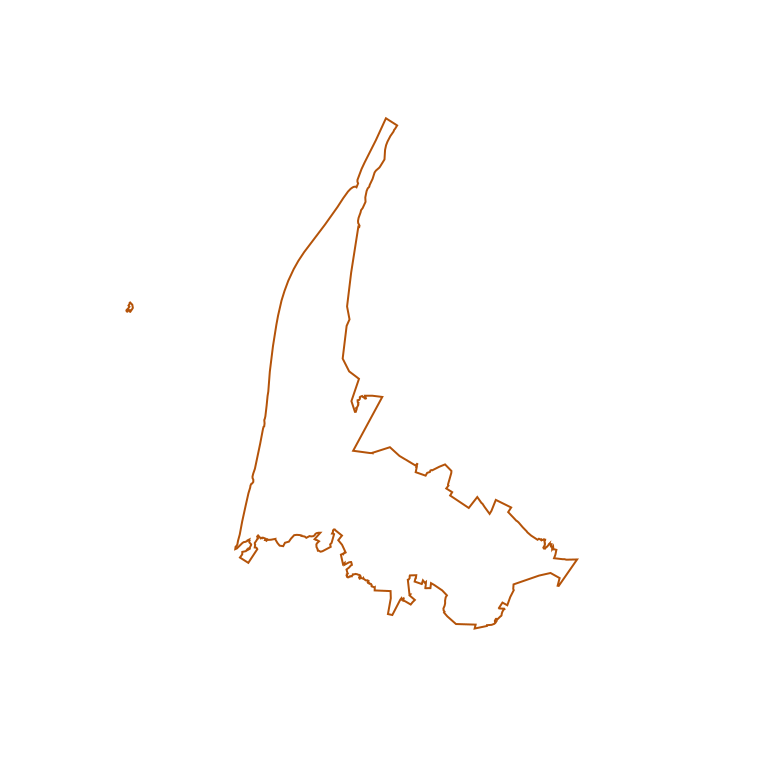 outline of Santiago Ixcuintla, Nayarit, Mexico, rotated 33°
{"feature_id": "50627088B3683914427881", "entity_name": "Santiago Ixcuintla", "entity_type": "district", "adm_level": 2, "iso_a3": "MEX", "parent_name": "Mexico", "parent_adm1": "Nayarit", "projection": "equal_earth", "projection_center": [-105.286, 21.958], "detail": "fine", "context": "isolated", "style": "outline", "palette": "amber", "viewbox_px": 768, "rotation_deg": 33, "n_neighbors": 0, "source": "geoboundaries", "source_scale": "gbopen_adm2", "svg_char_len": 6166}
<svg xmlns="http://www.w3.org/2000/svg" viewBox="0 0 768 768"><g transform="rotate(33 384 384)"><path d="M620.7,433.8L618.9,429.2L616.4,430.0L616.1,430.4L614.5,428.4L614.7,430.5L613.6,428.9L612.5,428.5L613.1,429.3L612.5,429.4L612.1,428.6L611.8,427.1L610.8,427.5L610.7,427.1L610.4,428.4L610.0,428.5L609.7,427.6L609.5,428.5L609.7,428.8L609.4,431.4L609.2,432.1L608.8,432.3L608.8,434.3L607.9,434.9L606.8,434.5L606.5,431.1L605.8,430.5L605.8,430.0L605.1,429.3L604.5,429.0L604.2,428.4L604.3,427.5L604.0,426.9L603.7,427.1L603.5,426.9L602.7,427.1L602.1,428.3L601.2,429.0L601.1,429.4L600.6,429.3L600.3,428.7L599.4,429.3L598.2,429.4L597.6,431.0L590.0,431.0L584.9,430.3L584.1,429.9L578.4,428.6L572.3,426.8L570.3,426.5L569.5,426.6L557.9,423.8L557.9,418.3L540.9,420.3L543.2,431.9L543.3,435.4L535.2,432.3L531.6,430.7L530.8,430.8L523.8,428.0L522.6,441.8L500.2,441.5L500.1,437.6L493.1,437.7L493.4,434.1L492.8,433.9L492.4,433.4L488.9,422.0L487.9,420.2L479.0,418.2L475.5,423.2L471.4,430.2L469.7,430.7L469.9,430.7L470.4,432.8L468.6,435.0L468.8,438.2L458.6,440.7L456.7,435.8L456.3,436.0L455.3,432.2L454.9,435.2L436.2,435.9L423.4,433.8L412.2,447.5L412.3,448.1L411.7,448.0L411.1,448.8L409.7,449.6L394.5,456.8L389.6,395.8L380.8,400.1L374.5,404.2L376.7,405.9L376.6,406.2L375.6,406.6L374.0,406.0L373.2,406.4L372.2,406.0L371.0,407.7L370.9,408.3L371.5,408.8L371.9,410.0L371.7,411.1L371.3,411.3L370.7,412.0L371.8,413.5L372.9,413.7L373.1,415.0L373.8,415.4L374.1,417.9L373.7,419.5L374.0,419.7L374.7,419.7L375.5,422.7L374.8,423.2L366.0,416.1L360.2,393.3L347.9,392.4L335.5,385.2L321.0,355.6L319.9,348.6L310.8,339.1L295.8,308.5L276.8,266.0L277.7,265.8L277.2,264.5L274.7,263.1L273.4,261.4L272.2,258.5L270.9,252.9L270.1,250.7L270.3,248.1L269.3,241.3L266.7,237.7L264.3,231.6L263.8,228.8L264.2,226.7L263.6,224.9L262.7,218.2L260.9,211.7L261.0,209.4L262.2,205.2L262.3,204.1L262.1,195.4L257.4,187.1L255.7,182.6L254.9,178.8L254.3,172.6L254.5,167.2L254.1,165.2L254.3,164.1L254.2,160.0L240.9,160.1L244.4,183.9L247.1,208.8L248.1,216.0L250.6,227.3L251.6,228.9L253.0,229.8L253.8,234.0L252.6,234.0L251.4,235.0L250.6,236.2L249.7,238.5L249.0,242.2L248.6,250.3L248.6,260.9L247.7,282.4L245.2,316.8L245.1,327.2L245.7,336.8L247.5,349.6L249.9,360.2L252.6,369.8L257.9,384.3L261.5,393.0L270.3,412.8L281.5,435.8L291.1,453.4L292.9,457.5L297.3,466.0L302.1,475.7L302.9,477.9L303.2,479.4L305.3,482.1L306.6,484.8L306.3,485.4L306.9,487.4L312.7,501.6L321.9,525.4L323.1,530.3L324.1,533.2L325.0,534.5L326.5,535.4L327.7,537.3L327.6,539.3L327.1,539.9L327.3,541.8L328.2,543.8L329.8,549.4L334.2,561.3L340.0,576.7L345.0,588.8L347.0,595.1L348.4,598.4L348.5,599.9L348.2,601.4L349.2,603.5L350.2,602.0L351.8,594.6L352.4,593.1L353.7,591.9L354.7,590.4L354.6,589.7L355.7,587.8L355.9,588.5L356.5,588.5L356.6,589.3L357.4,590.2L359.8,590.8L360.2,591.2L360.6,594.6L361.0,594.8L361.1,595.3L360.2,595.6L360.7,596.2L360.3,597.0L359.8,596.3L359.4,596.9L359.2,599.4L356.6,602.0L357.9,604.1L357.7,608.0L367.6,607.9L367.7,591.5L366.2,590.8L364.6,591.5L363.4,588.8L362.9,588.6L362.2,587.7L362.3,584.3L362.1,583.5L362.5,582.3L360.7,581.0L360.9,579.6L364.7,580.6L364.9,579.9L365.5,579.9L365.7,580.5L365.9,579.0L366.1,578.8L369.0,578.2L369.2,579.7L369.9,579.4L370.8,579.5L371.0,577.7L371.8,577.8L374.1,576.1L377.2,573.1L377.3,573.4L381.3,575.4L384.5,576.4L387.8,574.9L387.4,571.1L390.1,568.0L390.2,564.4L391.0,559.7L393.0,558.0L395.8,556.5L397.3,556.0L397.5,556.4L400.6,555.1L402.6,555.3L404.4,552.1L405.9,551.5L407.5,550.2L408.0,549.2L408.2,548.0L408.1,547.1L408.7,545.8L410.2,544.3L411.6,543.4L410.3,552.0L412.0,551.8L413.0,551.4L415.2,551.3L414.6,553.9L414.6,555.3L416.2,557.5L418.3,558.7L418.3,558.9L419.3,559.8L419.7,559.4L422.1,559.2L422.7,558.6L423.5,557.7L428.0,549.6L426.2,547.8L426.6,545.8L423.9,537.1L423.2,537.0L421.9,537.7L421.7,535.8L421.0,534.6L421.1,533.4L421.9,532.8L422.3,532.9L422.3,533.1L431.3,534.0L430.7,539.9L436.4,541.7L443.6,546.2L443.0,547.3L442.6,547.0L442.5,548.4L442.3,548.2L440.8,550.6L447.8,557.5L448.4,555.5L449.3,557.2L451.8,552.6L453.2,551.3L453.4,551.2L454.4,552.0L455.6,553.2L455.0,554.4L454.7,556.8L453.6,560.0L455.9,562.1L456.9,562.7L456.4,563.8L457.4,564.8L457.1,565.1L458.1,565.9L458.9,565.9L459.6,565.4L459.7,564.8L460.0,564.5L460.1,563.9L460.9,563.6L461.0,562.9L461.7,562.7L461.6,562.4L461.9,561.0L461.6,560.6L463.2,559.4L463.4,558.9L465.0,558.2L466.3,558.0L467.1,557.6L467.5,557.7L468.2,557.5L469.0,558.0L468.4,559.2L468.5,559.9L469.6,560.5L469.8,560.2L469.6,559.7L470.0,559.7L470.5,559.1L472.7,558.6L472.6,558.1L473.3,558.5L475.8,558.6L476.9,557.7L477.5,557.6L478.1,557.6L478.0,558.2L478.3,559.2L478.9,559.5L479.6,558.9L480.0,559.4L480.5,559.5L480.7,559.1L482.1,558.8L483.2,559.4L483.3,559.9L483.6,560.3L484.2,560.4L484.5,560.2L486.7,559.8L486.9,559.4L488.6,562.2L502.3,554.1L506.4,560.0L512.6,574.8L516.8,573.2L515.1,555.9L515.3,554.1L516.5,555.0L517.2,553.1L517.6,553.4L517.6,554.6L518.1,555.3L519.9,554.7L526.5,554.4L526.8,551.4L527.5,548.3L520.6,547.4L520.7,546.0L519.8,546.4L510.6,535.2L511.2,534.5L511.2,532.8L510.1,531.1L510.0,530.4L515.2,526.8L516.5,529.6L516.2,529.9L517.3,533.0L524.6,531.2L524.7,530.7L524.2,529.9L523.6,527.5L526.6,528.5L527.0,527.2L528.9,530.6L529.2,531.5L529.9,532.7L530.1,532.6L534.1,529.9L531.9,525.4L535.6,525.2L545.2,525.4L551.9,527.0L551.9,529.3L553.2,532.4L554.7,534.6L555.6,537.0L556.1,539.9L557.4,541.5L558.8,542.0L558.8,543.0L563.6,544.4L575.1,546.1L591.9,535.9L593.2,539.7L602.1,530.9L601.7,530.2L605.4,527.4L607.1,525.1L607.5,523.8L607.5,521.9L606.7,522.1L606.6,522.7L606.4,522.8L605.9,522.1L606.1,520.4L605.8,520.4L605.8,520.0L606.4,519.6L607.0,519.4L607.3,519.6L608.2,515.5L608.6,514.6L608.5,513.8L607.9,512.7L607.3,510.4L607.2,508.1L607.6,507.2L607.1,507.0L602.9,509.5L602.4,509.3L602.4,502.8L607.9,502.4L605.9,493.9L605.1,486.2L604.0,485.5L601.8,481.5L618.4,460.2L626.6,451.8L637.0,451.1L639.5,458.6L640.5,458.2L641.5,426.0L632.5,432.1L630.8,432.6L629.3,433.6L621.5,437.5L620.7,433.8ZM132.0,457.4L131.7,456.7L129.7,454.6L126.7,453.9L126.5,454.5L127.0,455.3L127.0,457.4L128.4,457.8L128.3,460.2L127.8,462.0L127.9,462.6L128.6,463.2L129.2,463.2L129.8,461.0L130.7,460.4L131.3,460.8L131.5,461.7L131.9,461.6L132.0,457.4Z" fill="none" stroke="#b45309" stroke-width="2"/></g></svg>